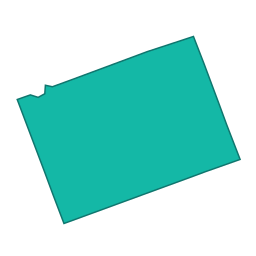 the district of Winston, Alabama, United States of America, rotated 159°
{"feature_id": "52423323B52352722786061", "entity_name": "Winston", "entity_type": "district", "adm_level": 2, "iso_a3": "USA", "parent_name": "United States of America", "parent_adm1": "Alabama", "projection": "mercator", "projection_center": [-87.367, 34.146], "detail": "fine", "context": "isolated", "style": "filled", "palette": "teal", "viewbox_px": 256, "rotation_deg": 159, "n_neighbors": 0, "source": "geoboundaries", "source_scale": "gbopen_adm2", "svg_char_len": 383}
<svg xmlns="http://www.w3.org/2000/svg" viewBox="0 0 256 256"><g transform="rotate(159 128 128)"><path d="M34.6,58.5L34.7,96.0L34.4,117.3L34.0,160.8L34.1,190.0L82.7,192.4L166.1,193.3L183.8,193.6L189.8,197.5L193.4,189.8L200.9,188.8L207.3,193.9L221.2,194.3L221.6,116.6L221.9,92.5L222.0,61.8L83.3,59.6L72.1,59.5L34.6,58.5Z" fill="#14b8a6" stroke="#0f766e" stroke-width="1.5"/></g></svg>